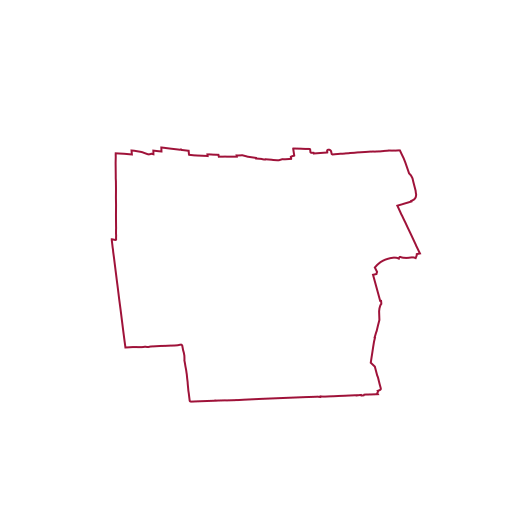 Rijswijk, Zuid-Holland, Netherlands, rotated 27°
{"feature_id": "6326949B66276661234302", "entity_name": "Rijswijk", "entity_type": "district", "adm_level": 2, "iso_a3": "NLD", "parent_name": "Netherlands", "parent_adm1": "Zuid-Holland", "projection": "robinson", "projection_center": [4.329, 52.037], "detail": "fine", "context": "isolated", "style": "outline", "palette": "rose", "viewbox_px": 512, "rotation_deg": 27, "n_neighbors": 0, "source": "geoboundaries", "source_scale": "gbopen_adm2", "svg_char_len": 5991}
<svg xmlns="http://www.w3.org/2000/svg" viewBox="0 0 512 512"><g transform="rotate(27 256 256)"><path d="M427.3,323.8L426.3,323.1L426.3,321.3L425.7,320.9L427.2,319.2L427.5,318.6L427.6,318.2L427.6,317.9L427.4,317.5L427.2,317.2L424.2,313.9L419.8,308.8L418.1,307.3L412.1,300.6L406.7,299.0L405.5,295.4L403.5,289.3L401.6,283.6L400.2,279.2L400.0,278.6L399.1,274.8L398.7,274.8L398.4,273.1L398.0,271.0L397.7,269.4L397.6,268.2L396.2,262.4L395.0,257.0L390.8,249.4L389.8,246.7L389.3,244.2L389.2,242.9L389.3,242.3L389.4,241.8L388.6,240.4L388.2,239.8L387.8,239.2L387.0,239.6L368.8,219.6L371.5,217.4L371.3,216.6L371.1,215.2L367.1,212.3L368.0,209.0L368.8,207.0L369.8,204.8L371.3,202.5L372.9,200.5L374.7,198.7L376.7,196.9L379.5,194.9L380.1,194.6L381.7,193.9L382.9,193.6L384.4,193.5L384.3,193.1L384.3,192.8L384.3,192.5L384.4,192.1L384.5,191.7L384.8,191.4L385.0,191.3L386.0,191.2L386.6,191.1L386.9,191.0L387.7,190.8L388.7,190.4L389.8,189.9L390.6,189.6L391.8,188.9L392.5,188.5L393.1,188.1L393.8,187.6L394.7,187.0L395.1,186.7L395.7,186.4L396.2,186.1L396.9,185.8L397.6,185.6L398.3,185.5L399.2,185.4L399.1,184.4L398.9,182.5L398.4,181.3L400.9,179.3L400.1,178.7L394.7,174.6L394.1,174.2L393.6,173.7L384.9,166.9L377.6,161.3L373.8,158.3L372.3,157.2L369.8,155.3L368.3,154.1L368.1,154.0L367.8,153.7L366.8,153.1L365.2,151.8L361.3,148.7L359.1,147.0L360.8,145.4L369.7,136.9L369.3,136.4L369.9,135.8L370.1,135.5L370.5,134.9L370.9,134.3L371.2,133.8L371.3,133.4L371.4,133.1L371.5,132.6L371.6,132.1L371.6,131.5L371.6,131.4L371.6,131.0L371.5,130.7L371.4,130.3L371.2,129.6L370.9,128.8L370.7,128.4L370.3,127.9L370.0,127.5L369.5,126.8L368.6,125.4L362.5,118.5L360.4,116.0L360.1,115.7L359.9,115.6L359.6,115.3L357.4,113.8L354.9,112.9L346.6,104.9L343.2,101.9L339.1,98.8L336.3,96.6L335.2,97.1L334.7,97.4L333.4,98.2L332.7,98.6L330.9,99.5L330.0,100.0L328.6,100.7L327.1,101.4L326.1,101.9L326.0,102.1L325.0,102.7L322.5,104.2L322.1,104.5L321.8,104.7L321.4,105.0L321.0,105.2L320.5,105.5L320.1,105.8L319.5,106.2L317.5,107.3L315.7,108.3L314.9,108.8L313.7,109.4L313.4,109.5L313.0,109.7L312.5,110.0L312.1,110.2L311.3,110.7L311.0,110.8L310.6,111.0L310.3,111.2L310.1,111.3L307.0,113.2L301.4,116.5L300.7,116.9L299.6,117.5L298.7,118.1L296.6,119.5L293.8,121.1L292.9,121.6L292.2,122.2L289.8,123.6L289.2,123.9L289.0,124.1L288.3,124.6L287.0,125.4L284.7,126.6L283.2,127.6L280.9,129.0L278.1,130.8L277.7,130.8L277.4,130.8L277.1,130.7L275.5,128.8L275.4,128.6L275.2,128.5L274.9,128.3L274.4,128.1L273.9,128.0L273.5,128.0L273.2,128.0L272.6,128.2L272.1,128.6L271.7,128.9L271.5,129.5L271.6,130.0L272.4,131.1L272.5,131.4L270.6,132.6L270.2,132.8L261.0,138.4L260.8,138.1L260.5,137.9L260.1,138.1L258.5,138.9L258.1,139.0L257.4,138.8L256.0,136.7L255.8,136.4L255.6,136.3L255.2,136.3L253.1,137.3L251.6,138.1L250.7,138.5L246.9,140.2L240.4,143.3L240.4,143.5L244.5,149.2L244.4,149.4L243.6,150.0L243.0,150.6L242.6,151.0L242.0,151.8L242.2,152.1L242.6,152.6L243.1,153.2L243.2,153.5L237.7,156.8L235.5,157.8L232.8,160.4L231.6,161.0L227.6,162.7L226.3,163.1L221.0,165.3L220.5,165.5L220.4,165.9L218.7,166.6L216.6,167.1L213.0,168.6L211.8,169.1L211.5,168.6L203.2,171.4L202.3,171.5L201.5,171.7L198.3,172.4L197.9,172.5L197.7,172.6L197.3,172.9L197.0,173.1L195.6,173.9L194.5,174.5L193.4,175.1L193.1,175.2L193.6,175.9L193.8,176.2L188.5,178.9L188.0,179.2L185.4,180.5L184.1,181.1L183.3,181.5L177.8,184.4L176.6,182.9L171.7,185.2L170.5,185.7L169.5,186.1L166.6,187.5L167.5,188.9L166.0,189.5L165.0,190.0L164.5,190.2L157.9,193.2L156.3,193.9L155.2,194.4L152.3,195.5L150.5,196.2L150.2,195.9L150.0,195.7L148.2,192.8L147.5,193.1L143.4,194.6L141.8,195.2L141.6,195.3L141.3,195.3L141.1,195.2L140.7,195.1L140.3,195.6L140.1,195.8L139.6,196.0L138.2,196.5L131.2,199.1L129.0,199.9L126.2,200.9L125.0,201.3L124.6,201.5L123.9,201.7L122.4,202.3L124.3,205.8L121.8,206.8L116.7,208.7L118.4,211.9L116.3,212.4L116.1,212.7L115.2,213.5L114.2,214.2L113.9,214.3L113.0,214.5L109.0,215.0L107.8,215.1L106.1,215.5L99.7,217.5L97.2,218.5L99.3,221.9L92.5,224.6L84.4,228.2L84.8,229.1L86.1,231.5L88.5,236.5L94.1,247.2L95.8,250.5L97.3,253.1L100.9,260.0L104.7,267.6L108.2,274.2L112.3,282.4L115.8,289.2L116.6,290.7L117.9,293.2L118.7,294.7L119.2,295.8L121.2,299.8L121.4,300.1L121.7,300.6L122.0,301.1L122.7,302.6L123.7,304.6L123.8,304.7L123.8,304.9L123.8,305.1L123.8,305.3L123.7,305.4L123.5,305.5L123.3,305.6L123.0,305.7L120.7,306.3L120.1,306.5L119.9,306.6L120.2,307.2L121.4,309.0L122.8,311.1L124.4,313.5L125.7,315.3L126.9,317.2L130.3,322.1L144.0,342.3L146.0,345.2L147.7,347.7L150.8,352.3L153.7,356.6L159.7,365.3L167.3,376.5L171.5,382.7L177.6,391.6L181.2,396.8L183.8,395.3L187.7,393.0L189.7,392.0L191.3,391.2L193.4,390.2L194.6,389.6L195.5,389.1L196.5,388.5L197.8,387.6L198.0,387.4L198.5,387.1L199.0,386.9L199.3,386.9L200.0,386.6L200.5,386.4L201.2,386.1L201.6,385.8L201.9,385.6L202.4,385.1L202.9,384.7L203.1,384.6L204.2,383.9L205.8,383.0L212.3,379.2L215.9,377.3L219.2,375.4L220.6,374.6L223.6,373.0L225.6,371.8L226.7,371.1L227.0,370.9L228.3,369.8L228.5,369.7L229.1,369.2L229.4,369.1L229.8,369.0L229.9,368.9L230.3,369.0L230.7,369.2L230.9,369.3L231.2,369.6L231.4,369.9L232.8,371.7L233.7,372.9L234.1,373.3L234.8,374.1L235.2,374.5L235.8,375.2L236.7,376.4L237.4,377.3L238.4,379.1L239.3,380.8L239.5,381.4L241.5,384.0L243.1,386.2L245.2,388.9L246.0,390.0L247.4,392.0L247.8,392.5L248.7,393.9L250.3,396.4L252.4,399.5L253.2,400.9L256.0,405.3L256.8,406.6L258.6,409.1L260.2,411.5L261.9,414.0L262.5,414.9L262.9,415.3L263.0,415.3L263.3,415.4L263.5,415.4L264.0,415.3L264.5,415.1L268.9,412.6L286.0,403.1L285.9,403.0L286.4,402.8L293.9,398.7L295.4,398.0L302.7,394.0L303.8,393.3L305.6,392.4L308.5,390.7L310.7,389.4L325.4,381.0L344.1,370.5L364.6,359.0L369.0,356.6L372.6,354.6L374.9,353.3L376.1,352.9L377.4,352.4L377.2,351.8L378.5,351.3L379.7,350.8L381.0,350.1L382.3,349.4L385.4,347.6L389.4,345.4L392.5,343.6L393.7,342.9L397.5,340.8L399.8,339.5L401.0,338.8L406.8,335.5L409.0,334.3L409.1,334.5L411.4,332.9L412.7,332.1L413.2,332.5L414.9,331.5L415.2,331.3L415.4,330.4L416.9,329.5L420.9,327.4L427.3,323.8Z" fill="none" stroke="#9f1239" stroke-width="2"/></g></svg>